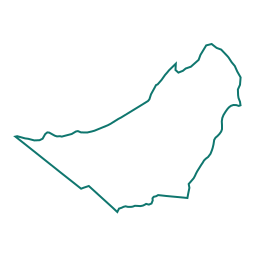 Santana do Ipanema, Alagoas, Brazil
{"feature_id": "56859067B18090298356879", "entity_name": "Santana do Ipanema", "entity_type": "district", "adm_level": 2, "iso_a3": "BRA", "parent_name": "Brazil", "parent_adm1": "Alagoas", "projection": "equal_earth", "projection_center": [-37.2, -9.346], "detail": "fine", "context": "isolated", "style": "outline", "palette": "teal", "viewbox_px": 256, "rotation_deg": 0, "n_neighbors": 0, "source": "geoboundaries", "source_scale": "gbopen_adm2", "svg_char_len": 1626}
<svg xmlns="http://www.w3.org/2000/svg" viewBox="0 0 256 256"><path d="M175.8,63.7L169.0,70.3L167.3,72.4L165.1,74.9L161.4,80.1L157.6,84.4L156.0,85.1L154.3,88.3L151.0,94.3L149.4,99.3L148.0,101.0L139.6,106.2L121.1,117.5L118.4,118.9L110.4,123.9L107.7,125.3L94.5,130.7L91.6,131.5L87.2,132.5L81.0,132.4L77.9,131.1L75.9,131.5L71.7,134.0L64.4,135.9L61.8,136.6L60.0,136.2L57.0,136.4L54.8,135.7L49.2,132.6L47.3,132.4L45.2,134.1L42.6,138.7L39.6,140.2L34.3,140.4L28.2,138.8L25.1,138.4L17.2,136.2L15.4,136.6L29.2,147.5L60.6,172.5L76.2,184.8L81.1,188.7L83.7,187.7L88.8,186.0L112.6,207.6L117.3,212.0L119.0,208.6L121.5,207.8L123.6,206.8L125.6,206.3L128.0,206.9L130.9,206.9L132.8,206.6L134.9,205.8L137.3,205.9L140.4,206.1L142.9,205.6L144.6,204.8L146.1,203.9L148.9,204.6L151.5,203.5L152.7,200.5L152.5,198.3L153.7,196.8L156.2,196.2L158.1,195.1L161.0,195.4L166.4,196.0L180.5,197.3L183.7,197.6L187.4,198.0L188.2,193.7L189.4,187.8L188.7,184.0L191.3,181.0L193.7,178.2L195.0,175.8L195.9,173.8L197.2,171.3L201.2,164.9L202.7,162.7L204.0,160.5L205.8,158.7L208.1,157.0L210.5,153.8L211.9,150.3L212.7,147.8L213.5,144.4L214.2,139.9L215.5,137.7L217.5,136.0L219.5,133.9L221.2,131.5L222.0,129.2L222.0,125.2L221.8,121.3L222.3,118.0L223.5,115.0L225.6,111.6L227.6,108.8L229.1,107.2L231.0,105.8L233.4,105.0L236.3,105.1L238.8,105.9L240.5,105.3L240.0,101.8L238.5,97.9L238.1,95.2L237.9,89.5L240.0,84.8L240.6,77.4L237.2,71.4L234.8,66.0L231.7,62.3L228.5,57.4L227.2,55.9L221.2,49.6L216.6,47.9L211.6,44.0L206.2,45.4L202.7,51.2L200.5,54.8L198.6,59.9L190.9,66.7L185.7,68.5L182.9,70.8L178.4,72.6L175.5,70.0L175.8,63.7Z" fill="none" stroke="#0f766e" stroke-width="2"/></svg>